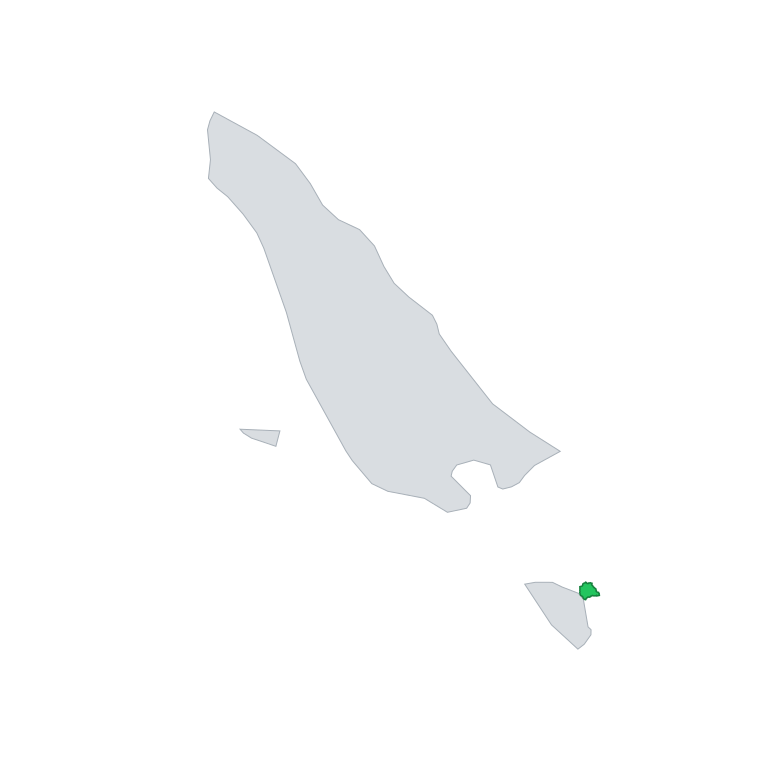 location of Passabe, Ambeno, East Timor, rotated 254°
{"feature_id": "22284137B78589082369873", "entity_name": "Passabe", "entity_type": "district", "adm_level": 2, "iso_a3": "TLS", "parent_name": "East Timor", "parent_adm1": "Ambeno", "projection": "natural_earth1", "projection_center": [124.316, -9.462], "detail": "fine", "context": "in_parent", "style": "filled", "palette": "green", "viewbox_px": 768, "rotation_deg": 254, "n_neighbors": 0, "source": "geoboundaries", "source_scale": "gbopen_adm2", "svg_char_len": 3997}
<svg xmlns="http://www.w3.org/2000/svg" viewBox="0 0 768 768"><g transform="rotate(254 384 384)"><path d="M270.7,534.8L264.2,506.2L257.3,493.9L251.9,486.9L250.0,478.2L250.3,469.2L253.6,465.1L276.9,464.0L286.1,449.3L286.1,431.6L281.4,425.6L276.9,423.1L252.8,436.4L245.9,434.0L241.8,429.2L243.2,409.6L263.0,391.3L279.8,358.1L291.6,344.8L319.1,332.4L330.2,328.9L410.1,310.6L429.2,309.4L479.8,309.9L547.6,305.9L564.3,303.4L586.1,295.4L607.1,285.4L618.3,277.5L630.0,271.9L647.4,279.0L677.0,284.4L684.9,289.2L692.3,295.8L657.9,330.7L620.1,359.7L596.9,368.4L572.9,374.3L554.5,385.5L539.1,403.1L519.3,412.9L497.0,416.3L478.0,421.5L460.8,431.8L436.7,449.5L427.0,451.3L416.8,450.9L396.9,457.6L335.0,482.9L297.6,510.9L270.7,534.8ZM75.7,497.3L106.3,478.6L152.8,464.1L151.7,474.7L146.9,491.3L139.8,499.2L129.2,513.2L122.2,516.3L94.3,513.2L90.7,515.3L85.9,513.8L78.7,504.8L75.7,497.3ZM380.2,233.2L367.6,271.0L353.9,262.9L368.5,241.7L375.5,235.4L380.2,233.2Z" fill="#d9dde1" stroke="#a8b0b8" stroke-width="1"/><path d="M121.1,518.2L121.2,518.4L121.2,518.5L121.3,518.5L121.5,518.6L121.7,518.8L121.8,519.0L122.0,519.1L122.0,519.3L122.2,519.5L122.3,519.7L122.3,519.8L122.5,519.9L122.5,520.0L122.6,520.3L122.6,520.5L122.7,520.8L122.8,521.0L123.0,521.2L123.0,521.3L123.1,521.5L122.9,521.8L122.7,522.0L122.7,522.3L122.7,522.5L122.4,522.8L122.4,523.0L122.5,523.1L122.6,523.4L122.6,523.5L122.6,523.8L122.6,524.0L122.9,524.2L123.0,524.2L123.1,524.3L123.1,524.5L123.1,524.8L123.0,525.0L123.0,525.3L123.2,525.6L123.2,525.8L123.3,526.1L123.2,526.3L123.1,526.5L122.9,526.7L122.8,526.8L122.7,526.8L122.6,527.1L122.5,527.3L122.5,527.5L122.4,527.6L122.4,527.8L122.3,528.0L122.3,528.3L122.2,528.5L122.2,528.8L122.2,529.0L121.9,529.3L121.9,529.5L121.7,529.7L121.7,529.9L121.7,530.0L121.6,530.3L121.7,530.5L121.8,530.5L121.7,530.6L121.6,530.8L121.5,531.2L121.4,532.8L121.7,532.9L121.8,532.9L122.1,532.9L122.5,532.8L122.8,532.8L123.0,533.0L123.4,533.1L123.5,533.0L123.5,532.9L123.8,532.9L124.0,532.8L124.1,532.7L124.4,532.6L124.6,532.7L124.8,532.4L124.9,532.1L125.1,531.7L125.6,531.2L126.0,530.9L126.3,530.9L126.5,530.9L126.6,531.0L126.7,530.9L126.9,531.0L127.0,531.0L127.3,531.1L127.5,531.1L127.8,531.0L128.0,531.1L128.3,531.2L128.5,531.2L128.8,531.1L129.0,531.0L129.1,530.9L129.2,530.7L129.3,530.7L129.5,530.5L129.7,530.4L129.8,530.3L129.8,530.2L130.0,530.1L130.1,529.9L130.3,529.9L130.5,529.8L130.6,529.7L130.7,529.8L130.8,529.7L131.1,529.5L131.3,529.4L131.5,529.2L131.8,529.1L132.0,529.0L132.3,529.1L132.5,529.0L132.8,528.9L133.0,528.8L133.1,528.7L133.4,528.5L133.4,528.4L133.5,528.4L133.9,528.4L133.9,528.5L134.2,528.6L134.4,528.7L134.6,528.7L134.6,528.8L134.8,528.9L134.9,529.0L135.2,528.9L135.3,528.9L135.3,528.3L135.4,528.2L135.5,528.2L135.7,527.9L135.9,527.8L135.9,527.7L136.0,527.5L136.1,527.4L136.0,527.2L136.0,526.9L136.1,526.7L136.2,526.4L136.1,526.2L136.3,526.0L136.3,525.9L136.2,525.9L136.1,525.7L135.9,525.4L135.9,525.2L136.0,525.1L136.1,524.8L136.2,524.7L136.3,524.5L136.2,524.4L136.3,524.2L136.5,524.0L136.7,523.9L136.9,523.8L137.1,523.6L137.3,523.6L137.5,523.7L137.8,523.3L137.9,523.2L137.7,523.0L137.6,522.9L137.7,522.7L137.5,522.4L137.4,522.2L137.4,521.9L137.4,521.6L137.4,521.1L137.3,520.8L137.3,520.7L137.2,520.5L137.1,520.2L136.9,520.0L136.7,519.8L136.4,519.7L136.2,519.6L135.9,519.6L135.7,519.4L135.5,519.2L135.3,518.9L135.2,518.8L135.1,518.6L135.1,518.4L135.1,518.1L135.2,517.8L135.2,517.5L135.2,516.9L135.2,516.6L135.2,516.4L134.9,516.3L134.2,516.2L133.7,516.1L133.4,515.9L133.2,515.9L132.8,515.9L132.6,515.8L132.3,515.6L132.0,515.5L131.7,515.4L131.1,515.2L130.6,515.2L130.3,515.2L130.2,515.1L129.9,514.9L129.4,514.6L129.2,514.6L128.8,514.7L128.7,514.7L127.9,514.7L127.7,514.6L127.3,514.6L127.1,514.6L126.8,514.7L126.6,514.8L126.4,515.0L126.2,515.1L125.8,515.7L125.7,515.8L125.4,515.8L125.1,515.9L124.5,516.4L124.4,516.5L124.2,516.5L123.9,516.5L123.7,516.4L123.0,516.6L122.8,516.6L122.6,516.7L122.3,516.9L121.7,517.3L121.6,517.5L121.1,518.2Z" fill="#22c55e" stroke="#15803d" stroke-width="1.5"/></g></svg>